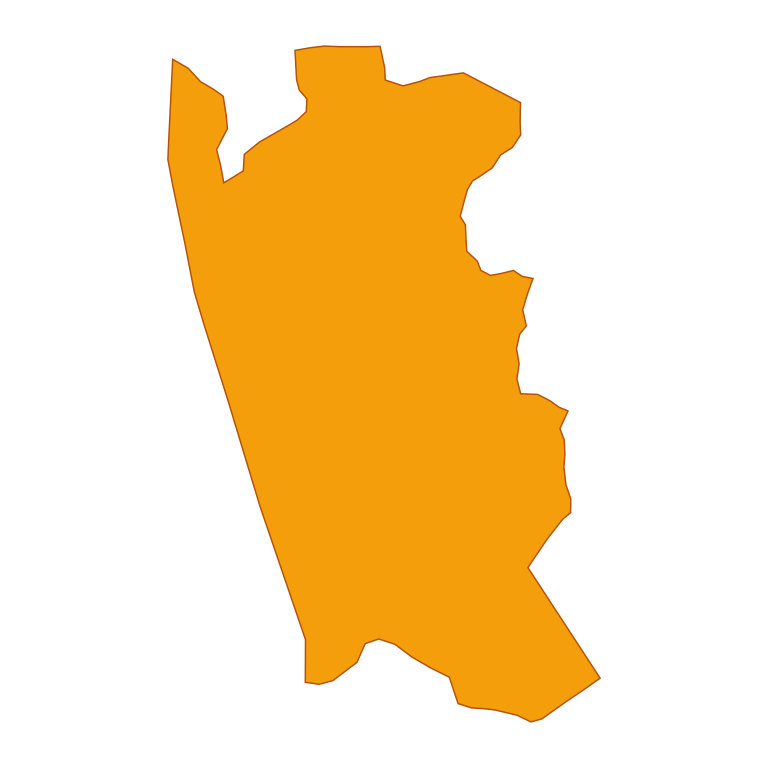 Agrestina, Pernambuco, Brazil (orthographic projection)
{"feature_id": "56859067B81432664711223", "entity_name": "Agrestina", "entity_type": "district", "adm_level": 2, "iso_a3": "BRA", "parent_name": "Brazil", "parent_adm1": "Pernambuco", "projection": "orthographic", "projection_center": [-35.937, -8.459], "detail": "fine", "context": "isolated", "style": "filled", "palette": "amber", "viewbox_px": 768, "rotation_deg": 0, "n_neighbors": 0, "source": "geoboundaries", "source_scale": "gbopen_adm2", "svg_char_len": 1370}
<svg xmlns="http://www.w3.org/2000/svg" viewBox="0 0 768 768"><path d="M463.4,72.9L429.8,77.6L420.3,81.3L403.0,85.9L385.3,80.0L384.7,68.0L380.1,46.3L367.2,46.7L356.0,46.7L340.5,46.7L324.0,46.1L310.5,47.7L295.0,50.4L296.6,80.0L299.3,90.0L306.9,98.9L306.3,111.6L297.0,120.3L281.2,129.6L259.8,141.8L244.3,154.3L243.3,170.9L223.8,182.9L220.6,165.6L216.6,149.6L227.4,128.6L226.2,115.6L223.2,96.3L214.0,89.6L200.5,81.7L188.2,68.3L172.7,59.3L168.5,144.7L167.9,159.6L173.3,188.2L184.6,241.9L194.3,291.9L204.1,324.8L227.5,398.9L259.9,506.0L305.5,639.6L305.3,682.3L319.2,684.3L332.9,680.6L357.0,662.3L365.2,643.6L378.7,639.0L394.8,644.2L411.7,656.9L431.2,668.2L449.3,677.2L458.1,703.6L471.6,707.9L481.9,708.5L494.7,709.9L517.0,715.2L530.9,721.9L541.8,718.9L566.1,701.6L583.0,690.2L600.1,678.2L527.9,567.6L547.4,538.7L562.9,519.0L570.6,512.7L570.8,499.1L565.9,484.6L563.9,466.8L564.9,454.8L564.3,440.1L559.9,428.7L568.0,411.0L558.9,407.2L550.5,401.1L537.6,394.4L520.7,393.8L516.9,379.1L519.1,363.9L516.5,348.4L519.7,334.2L526.3,325.9L522.7,309.8L527.3,294.5L533.0,278.5L522.1,276.4L513.5,270.5L500.6,273.6L490.5,275.4L480.9,270.5L477.3,261.2L466.8,251.2L466.0,239.2L465.4,224.8L460.2,216.3L464.4,200.2L467.4,189.6L472.6,180.9L482.5,174.6L492.2,167.9L500.6,154.9L512.3,147.5L520.7,134.9L520.1,121.9L520.5,102.6L463.4,72.9Z" fill="#f59e0b" stroke="#b45309" stroke-width="1.5"/></svg>